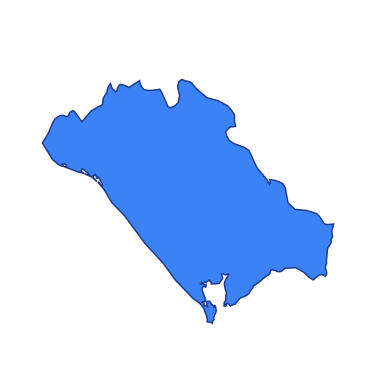 outline of West Pomeranian, rotated 245°
{"feature_id": "POL-3142", "entity_name": "West Pomeranian", "entity_type": "Voivodeship", "adm_level": 1, "iso_a3": "POL", "parent_name": "Poland", "parent_adm1": "", "projection": "natural_earth1", "projection_center": [15.248, 53.587], "detail": "fine", "context": "isolated", "style": "filled", "palette": "blue", "viewbox_px": 384, "rotation_deg": 245, "n_neighbors": 0, "source": "natural_earth", "source_scale": "10m", "svg_char_len": 3633}
<svg xmlns="http://www.w3.org/2000/svg" viewBox="0 0 384 384"><g transform="rotate(245 192 192)"><path d="M103.1,306.9L97.8,302.3L92.4,300.6L89.8,297.8L88.0,297.2L87.1,296.5L84.0,291.7L82.6,290.4L73.0,284.9L70.5,283.8L67.5,281.1L65.7,280.5L63.7,280.4L61.8,279.9L60.2,278.9L59.2,277.3L61.6,275.7L62.5,274.2L62.9,272.0L62.7,270.6L61.6,266.5L61.1,265.3L61.1,264.6L65.5,262.0L71.1,259.8L76.4,256.5L79.2,254.2L80.4,252.1L80.7,251.1L83.5,244.6L83.3,242.9L82.7,241.2L82.4,239.3L82.7,237.8L83.3,236.4L84.2,235.3L85.2,234.9L85.9,234.2L88.2,230.6L87.1,229.7L86.7,229.1L85.3,228.2L84.8,227.4L84.5,226.3L84.5,224.2L84.3,223.2L83.7,221.0L81.8,214.2L80.9,208.2L79.0,205.8L78.1,203.4L75.9,200.7L75.3,198.4L75.2,195.8L75.5,191.5L75.3,190.4L73.4,185.9L72.1,183.6L72.5,181.8L72.4,178.5L73.3,178.4L74.9,177.9L76.1,177.1L76.2,176.1L74.6,175.3L75.5,174.9L75.8,174.5L75.5,174.1L74.6,173.7L75.2,172.8L76.0,173.4L77.3,173.9L78.4,174.6L79.5,176.8L80.7,177.5L83.2,178.4L85.0,179.9L86.0,180.6L90.0,181.1L94.8,182.4L96.5,183.4L97.9,184.9L100.8,189.3L101.9,190.3L102.4,190.0L102.5,188.1L102.9,187.0L103.7,186.3L104.9,185.6L104.8,185.1L104.8,184.7L104.9,184.0L103.9,183.8L101.6,183.6L100.6,183.2L97.8,178.0L98.4,175.5L100.6,170.5L101.7,171.2L102.6,171.0L103.5,170.5L104.9,170.5L104.3,167.5L104.7,165.2L105.3,163.1L105.6,160.9L105.0,160.9L104.8,162.3L104.0,163.3L101.9,164.9L102.4,165.7L101.6,165.5L101.0,165.1L100.5,164.7L100.0,164.1L100.5,163.8L101.3,163.0L101.9,162.5L100.6,160.6L98.5,159.6L88.5,158.9L87.1,157.7L88.2,155.4L87.9,155.2L87.7,154.6L86.8,155.8L86.1,155.9L85.3,155.6L84.2,155.4L83.4,155.6L82.8,156.2L82.2,157.0L81.4,157.7L84.1,158.1L85.6,158.6L86.4,159.4L86.2,160.8L85.2,161.8L84.1,162.2L83.3,161.7L80.8,162.9L79.6,163.2L78.3,163.3L78.3,164.1L79.5,164.5L79.4,164.7L78.3,164.9L77.4,164.8L76.0,164.2L74.9,164.1L73.4,163.4L69.1,158.6L67.0,157.8L66.8,157.9L66.1,156.1L64.5,154.6L65.4,154.4L66.1,154.0L67.7,150.9L69.2,151.4L70.1,152.0L72.9,152.8L81.8,153.4L85.4,152.8L88.9,151.4L95.4,147.8L119.3,139.7L139.9,135.7L165.0,127.7L181.2,124.4L199.0,120.8L216.5,114.8L231.0,113.4L240.9,110.9L239.8,111.8L235.3,113.3L237.3,114.4L245.2,113.3L245.2,112.6L244.6,112.6L244.6,111.7L248.9,111.7L248.9,111.2L248.6,111.1L248.3,110.9L248.5,109.1L246.4,109.0L241.5,110.2L244.6,109.0L248.3,107.2L253.8,102.3L252.7,104.0L250.7,105.6L249.9,106.4L250.8,106.2L252.4,105.9L253.8,105.5L255.1,104.4L258.2,103.3L259.4,102.3L258.3,100.6L256.5,100.5L255.7,101.3L254.4,102.3L258.2,97.3L268.5,87.3L268.5,88.0L268.1,89.1L269.0,89.4L270.4,89.0L271.6,88.0L272.1,86.4L271.6,86.0L270.4,86.3L269.1,87.3L270.9,84.5L274.0,82.2L280.2,79.3L298.9,77.2L299.5,77.1L299.7,77.3L306.0,86.7L313.5,94.8L316.3,99.0L317.0,104.5L316.1,107.6L313.7,109.5L313.1,111.6L314.1,113.2L315.8,115.0L316.2,117.9L314.8,119.5L302.2,121.9L308.1,135.0L308.8,141.4L308.9,147.8L312.8,149.9L315.0,151.9L318.4,157.1L321.0,158.8L323.1,161.1L324.8,163.9L319.8,163.4L315.3,165.0L315.4,167.3L317.2,167.9L318.8,169.9L319.9,172.3L317.2,176.0L313.4,178.9L315.1,191.5L311.7,190.7L308.3,190.8L305.1,191.8L302.7,195.0L301.0,198.8L298.7,206.2L296.0,206.6L279.3,206.3L277.3,208.5L277.4,213.2L278.9,217.3L284.6,221.5L291.4,222.9L294.8,224.2L297.7,227.0L298.3,230.4L295.5,233.0L293.4,235.9L290.8,237.9L284.1,239.5L271.0,245.4L263.7,254.3L255.0,260.7L249.4,262.4L243.7,263.0L238.2,260.4L233.1,259.1L234.8,253.6L232.4,247.9L227.8,247.1L222.9,247.6L218.1,250.5L210.0,258.6L205.4,261.2L186.7,261.1L171.3,265.2L166.2,265.4L168.0,267.3L170.5,267.7L167.0,272.7L161.4,277.8L156.6,278.3L141.5,274.4L132.6,278.2L126.8,288.1L119.7,295.9L115.1,297.4L107.3,298.4L105.3,300.7L103.1,306.9Z" fill="#3b82f6" stroke="#1e3a8a" stroke-width="1.5"/></g></svg>